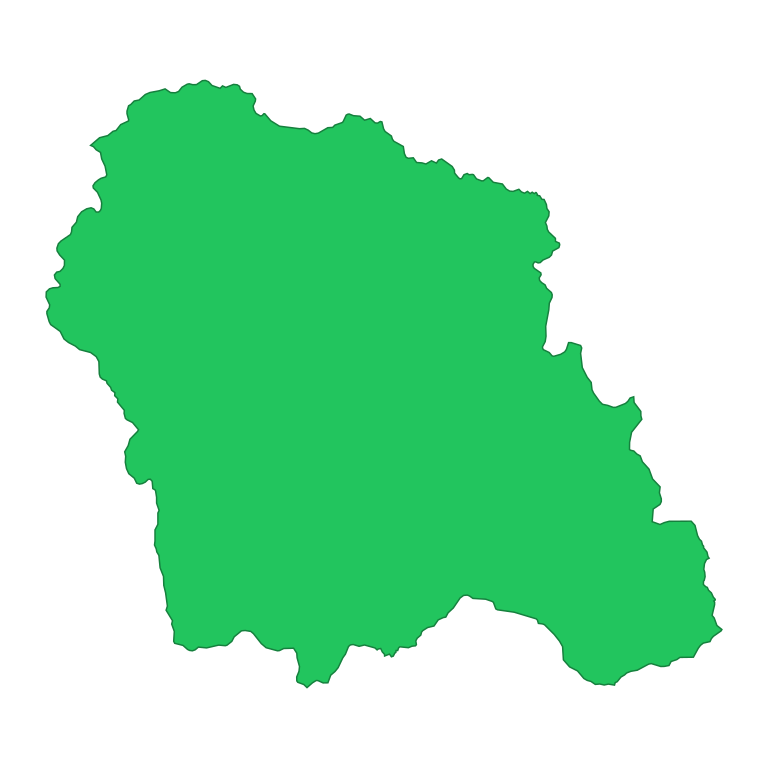 the district of Phipun, Nakhon Si Thammarat, Thailand
{"feature_id": "78962969B61248323272668", "entity_name": "Phipun", "entity_type": "district", "adm_level": 2, "iso_a3": "THA", "parent_name": "Thailand", "parent_adm1": "Nakhon Si Thammarat", "projection": "albers", "projection_center": [99.622, 8.602], "detail": "fine", "context": "isolated", "style": "filled", "palette": "green", "viewbox_px": 768, "rotation_deg": 0, "n_neighbors": 0, "source": "geoboundaries", "source_scale": "gbopen_adm2", "svg_char_len": 6050}
<svg xmlns="http://www.w3.org/2000/svg" viewBox="0 0 768 768"><path d="M90.6,145.4L93.5,146.7L96.2,149.8L100.5,152.4L101.7,158.9L105.1,166.2L106.8,174.9L105.7,176.9L101.0,178.3L98.4,179.9L95.0,182.7L93.0,185.8L93.3,188.0L97.5,192.3L101.0,199.9L101.7,203.2L101.3,208.4L100.4,210.5L98.6,212.1L96.1,212.0L93.8,208.9L91.1,207.8L86.7,208.8L81.6,211.8L77.7,216.7L76.4,222.2L72.0,227.3L71.5,232.0L70.4,234.6L61.0,241.0L58.4,243.7L56.9,248.1L57.1,250.9L59.6,254.9L64.5,260.1L64.4,265.5L62.9,268.5L60.0,271.4L56.7,272.1L54.4,275.0L55.1,278.6L60.1,284.3L60.1,286.4L58.0,287.5L52.9,287.8L49.5,288.8L46.3,291.9L46.1,297.1L49.7,304.8L49.3,307.8L46.9,311.4L46.9,313.7L49.2,321.7L50.7,324.6L60.2,331.4L64.0,339.0L68.5,342.5L75.4,346.1L79.6,349.6L90.6,352.5L96.2,356.6L98.9,361.6L99.3,374.0L100.2,377.1L102.4,379.1L106.4,380.8L107.1,383.4L110.6,387.3L111.6,390.2L114.9,392.6L114.7,395.7L117.8,398.8L117.5,402.1L124.3,410.3L124.1,413.4L125.4,418.4L127.0,419.8L132.5,422.5L138.5,429.7L137.6,431.4L130.0,439.2L128.2,445.6L124.7,451.8L125.7,456.3L125.3,462.2L126.5,468.6L128.8,473.7L134.3,478.2L136.7,483.2L139.4,484.1L142.2,483.6L145.3,482.1L148.1,479.4L150.3,479.2L152.2,481.3L152.8,488.6L155.0,489.8L155.6,491.0L156.6,497.3L156.6,503.1L159.1,510.4L157.9,513.0L157.9,524.3L155.0,529.9L155.0,541.1L154.5,545.0L156.2,548.8L156.8,551.9L158.9,555.4L160.1,567.8L163.5,576.4L163.8,585.4L165.6,592.8L167.4,606.1L166.1,610.2L172.5,620.7L171.7,624.1L174.3,631.4L173.7,641.3L174.7,643.3L183.0,645.4L187.5,649.4L189.5,650.4L192.4,650.8L195.2,649.8L198.4,647.1L206.6,647.9L218.7,645.1L225.3,645.7L227.0,645.2L231.8,641.4L234.2,636.8L241.5,630.8L245.2,630.5L250.8,631.4L253.5,633.7L261.3,643.6L266.1,647.7L277.5,650.8L279.4,650.6L283.7,648.5L293.6,648.2L296.8,653.2L297.1,657.8L299.5,666.5L299.0,671.3L296.7,677.0L296.8,680.9L297.8,682.3L303.8,684.5L307.0,687.6L312.5,682.8L316.2,680.5L318.0,680.6L323.1,682.9L327.9,682.8L330.7,675.2L335.0,671.5L338.1,667.7L342.8,657.8L345.4,654.2L348.5,646.5L350.4,644.9L353.2,644.5L359.1,646.3L364.5,645.0L374.9,647.9L377.1,649.9L378.2,649.0L380.7,648.5L382.3,651.9L384.5,654.3L384.6,656.0L389.5,654.1L391.4,656.8L393.3,656.1L394.8,653.1L395.8,652.5L396.1,650.5L397.7,650.5L398.6,647.8L399.8,646.8L408.4,647.7L412.0,646.2L415.5,645.8L416.4,644.7L415.8,640.9L417.2,638.2L420.8,635.1L421.6,632.0L422.8,630.6L427.7,627.5L434.0,626.0L438.2,619.9L443.2,617.6L445.8,617.1L448.1,612.8L453.3,608.0L460.1,598.0L463.6,595.4L467.3,595.1L469.4,595.9L472.9,598.4L485.7,599.2L492.1,601.4L493.4,602.3L495.8,608.9L497.5,609.8L514.2,612.2L536.1,618.8L537.4,620.0L538.4,623.4L542.4,623.9L544.5,624.7L554.2,634.4L559.5,641.1L562.6,646.6L563.4,659.8L569.6,666.9L577.5,670.9L583.9,678.5L587.2,680.4L590.9,681.4L595.3,684.4L599.8,684.0L604.2,685.0L608.4,684.1L614.5,685.1L615.2,682.6L617.2,681.7L621.0,677.0L624.6,674.9L626.6,673.0L630.9,671.3L637.3,670.2L648.7,664.1L651.3,663.6L660.8,666.5L664.4,666.4L669.0,665.5L671.1,661.5L676.8,659.6L679.9,657.4L693.4,657.2L698.3,648.2L700.5,645.3L703.3,643.1L710.0,641.6L711.4,638.6L713.4,636.3L721.2,630.8L721.9,629.5L716.9,625.5L714.2,618.0L712.1,615.4L714.6,604.7L714.6,602.2L713.8,601.0L715.2,600.0L715.2,599.3L713.3,597.1L711.4,592.9L708.5,590.2L707.3,587.4L705.7,586.7L703.4,584.5L703.5,581.2L704.2,580.4L705.1,576.7L704.7,572.2L703.8,569.4L704.5,563.6L706.5,559.5L709.1,558.2L708.0,556.6L707.0,552.1L703.6,547.8L703.6,546.2L702.5,544.9L701.5,541.2L699.4,539.2L697.6,535.7L695.0,525.4L691.2,521.2L669.2,521.3L664.3,522.6L660.0,524.5L652.2,521.7L653.2,509.0L660.0,504.4L661.3,501.6L661.3,498.8L659.4,492.8L660.1,486.9L652.6,479.0L649.0,469.1L642.4,461.8L640.2,455.9L636.8,454.0L633.8,451.0L630.4,450.2L629.5,449.4L629.6,442.3L631.6,432.2L641.8,419.3L640.9,415.9L640.8,411.4L634.1,402.5L633.7,396.8L630.1,398.0L627.9,401.3L625.4,403.5L615.9,407.3L613.3,407.4L607.8,405.4L602.5,404.3L599.3,401.1L593.6,393.1L592.0,389.7L591.2,382.4L587.2,377.3L582.3,367.6L580.6,353.3L581.7,348.0L580.6,345.5L571.2,342.6L568.6,342.6L566.4,349.4L564.7,351.9L560.7,354.3L553.8,356.3L552.1,355.9L549.2,352.5L543.4,349.7L542.6,348.2L542.5,346.8L545.2,341.6L546.0,336.2L545.7,326.3L548.8,309.8L549.3,303.2L552.0,297.5L552.2,294.8L551.4,292.5L546.6,288.3L545.1,284.9L541.6,282.6L539.6,280.4L539.2,277.9L541.1,274.8L540.8,272.9L534.3,268.4L533.1,266.5L533.0,264.4L534.4,262.0L535.7,261.9L538.1,262.9L540.2,262.6L543.0,260.0L549.3,257.2L551.5,255.0L552.6,251.1L558.9,247.6L559.7,244.8L559.3,243.1L555.5,241.4L555.4,238.3L548.7,232.0L547.3,229.3L546.9,226.1L545.4,222.5L548.8,215.9L549.1,211.8L546.9,208.5L546.4,204.5L544.1,199.5L541.9,199.3L539.7,195.8L537.3,195.4L537.4,194.5L536.3,192.7L535.9,192.5L534.2,193.6L532.2,192.2L530.1,193.6L527.5,191.4L524.5,193.2L521.4,191.9L518.9,189.3L513.1,191.4L509.7,191.1L506.3,189.1L502.4,184.0L493.3,182.3L488.8,177.7L487.7,177.5L483.3,180.8L481.7,180.9L476.5,178.9L473.5,174.7L472.4,174.4L469.0,174.7L467.2,173.5L464.0,174.7L461.6,178.6L459.9,178.8L458.5,177.8L454.6,173.1L454.4,170.1L452.2,166.5L441.7,159.0L438.6,160.0L436.4,163.1L431.5,160.8L425.9,164.0L422.0,162.9L416.6,162.5L413.3,157.8L408.3,158.3L406.1,157.3L404.4,153.6L403.3,146.5L393.9,141.3L392.4,139.2L391.4,136.0L385.1,131.5L383.6,128.9L381.9,121.9L380.3,121.5L377.6,123.1L375.1,122.9L370.3,118.5L364.6,120.2L360.0,116.2L353.5,115.7L349.1,114.0L347.6,114.3L346.2,115.1L343.1,121.7L342.1,122.6L334.9,125.1L332.7,127.4L327.8,127.7L318.4,133.1L315.0,133.7L311.7,132.9L308.3,130.2L304.5,128.4L299.5,128.7L279.5,126.2L270.8,120.8L264.8,113.8L263.9,113.7L262.1,115.6L260.4,116.0L256.0,113.4L254.0,110.0L253.1,106.0L255.3,101.2L255.6,98.9L252.1,93.6L247.0,93.5L243.5,92.2L240.3,89.2L239.5,86.3L237.2,84.8L233.6,84.4L225.9,87.4L222.5,85.9L220.1,88.3L212.0,85.5L208.5,81.7L205.3,80.4L202.3,80.7L196.5,84.6L192.7,84.7L189.2,83.8L187.2,84.2L182.0,87.2L178.6,91.5L175.3,92.8L170.5,92.6L165.1,88.9L159.1,90.8L150.0,92.5L145.3,94.5L139.1,100.0L134.2,101.0L130.8,104.5L128.6,105.8L127.0,111.1L127.0,113.7L128.7,119.9L128.4,121.0L120.7,124.6L116.1,130.5L113.0,131.3L107.8,135.6L99.6,137.7L90.6,145.4Z" fill="#22c55e" stroke="#15803d" stroke-width="1.5"/></svg>